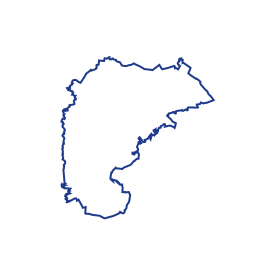 the district of Villa Corzo, Chiapas, Mexico, rotated 152°
{"feature_id": "50627088B92605446489911", "entity_name": "Villa Corzo", "entity_type": "district", "adm_level": 2, "iso_a3": "MEX", "parent_name": "Mexico", "parent_adm1": "Chiapas", "projection": "mercator", "projection_center": [-93.016, 16.137], "detail": "fine", "context": "isolated", "style": "outline", "palette": "blue", "viewbox_px": 256, "rotation_deg": 152, "n_neighbors": 0, "source": "geoboundaries", "source_scale": "gbopen_adm2", "svg_char_len": 5952}
<svg xmlns="http://www.w3.org/2000/svg" viewBox="0 0 256 256"><g transform="rotate(152 128 128)"><path d="M161.7,62.3L157.6,67.7L157.4,71.1L160.7,72.4L160.7,72.9L163.0,74.0L160.7,77.9L160.2,80.0L159.7,80.8L161.6,81.6L162.7,84.5L161.9,84.1L162.5,86.2L162.8,86.7L166.0,89.8L166.3,88.1L167.0,89.8L166.4,90.3L167.4,91.5L163.7,96.5L163.0,96.2L161.5,97.5L157.5,98.7L157.5,98.0L153.9,95.7L152.6,94.6L152.3,94.5L150.2,95.0L142.9,94.2L138.5,96.0L137.9,95.7L136.5,96.3L134.9,96.6L133.0,96.0L132.5,97.1L130.7,99.6L130.7,102.0L133.3,102.6L134.9,101.6L136.2,103.1L135.6,104.1L134.5,103.5L134.6,102.7L134.2,102.7L133.9,103.3L129.9,103.4L129.1,104.3L128.9,107.1L126.1,109.4L124.9,109.3L124.7,108.4L123.6,108.4L124.0,110.2L124.5,110.6L123.3,110.8L123.1,111.3L123.0,112.2L123.5,113.1L123.6,113.7L122.1,114.4L121.7,113.6L122.0,112.4L121.9,111.9L121.6,111.7L121.5,109.2L120.9,108.3L119.5,107.7L118.9,108.1L118.9,109.6L115.5,109.2L114.0,110.2L113.8,110.0L113.1,110.5L113.3,107.5L112.7,108.1L112.6,108.5L112.0,108.9L112.1,111.0L110.3,111.8L110.4,110.0L109.1,110.4L108.2,109.0L107.4,109.6L104.5,109.9L104.6,110.5L105.1,111.2L106.0,111.3L105.8,112.0L106.5,112.1L106.4,112.6L106.7,113.5L106.2,114.6L106.2,114.2L105.5,114.0L105.4,113.7L104.5,113.9L104.7,113.6L104.2,113.6L104.1,113.0L103.4,112.3L103.3,111.6L103.6,111.1L103.0,111.1L102.3,112.0L102.3,112.4L100.6,113.6L99.7,113.1L99.0,113.0L98.3,114.2L97.2,114.0L95.1,114.3L94.8,114.6L94.2,114.2L93.8,114.2L93.6,113.8L93.8,112.6L94.7,111.8L90.2,110.6L89.0,109.8L87.0,106.9L86.8,106.2L84.4,108.6L83.9,109.9L83.7,109.6L83.5,109.8L85.6,112.6L86.0,115.5L87.7,120.3L86.7,120.5L86.8,120.8L85.6,121.0L85.4,121.6L85.0,121.6L82.2,120.9L80.5,120.9L80.2,120.7L80.0,119.3L79.1,118.4L78.6,118.7L78.6,120.1L77.4,120.2L74.4,119.3L72.8,118.5L71.8,118.5L71.8,117.6L71.1,117.2L68.5,117.3L68.0,116.3L67.2,115.7L66.8,115.8L66.8,116.7L66.4,116.9L66.4,117.3L65.1,117.9L57.3,113.5L56.6,113.4L56.3,116.4L53.2,115.4L51.6,116.3L50.2,114.5L46.1,113.2L39.3,112.4L39.9,116.8L41.0,120.2L40.8,123.2L41.7,125.4L43.3,132.1L43.1,134.1L42.4,134.6L42.9,136.5L44.3,139.4L44.8,139.4L48.1,145.5L49.0,148.0L45.0,151.2L44.5,151.8L48.6,159.8L49.3,159.8L48.5,161.4L47.7,162.5L49.0,163.4L48.3,164.4L50.1,165.0L51.2,163.8L50.5,163.3L53.7,161.9L53.8,160.4L52.9,158.4L56.2,156.3L57.4,158.2L58.5,158.7L57.8,160.4L58.0,161.1L65.4,162.5L70.0,163.7L70.4,164.3L70.7,169.0L79.2,167.6L79.8,168.2L85.8,172.3L88.4,176.6L91.8,181.0L92.3,182.2L95.8,182.3L97.3,182.9L100.5,183.5L102.4,184.7L104.1,186.2L104.2,189.4L104.5,190.1L105.1,190.5L106.6,192.1L106.9,192.7L106.7,193.7L108.2,195.1L108.9,196.6L109.2,196.7L110.1,196.3L111.7,197.1L111.7,197.5L112.0,197.6L112.0,197.8L111.0,199.1L111.4,199.4L112.5,199.2L114.3,199.3L115.9,200.5L117.7,198.4L121.9,201.2L124.2,197.7L126.1,198.4L126.9,197.4L126.9,196.7L127.4,196.4L127.5,195.7L129.1,195.2L133.5,195.9L133.5,196.8L136.5,196.0L138.5,195.8L139.4,195.6L142.1,193.7L148.7,190.2L150.0,191.7L151.2,194.6L152.4,195.4L154.0,195.9L154.9,195.6L155.4,195.0L156.3,194.6L156.4,194.1L155.9,193.3L156.5,193.2L157.0,192.6L158.9,192.7L159.4,192.4L159.6,191.9L160.2,191.8L160.4,191.5L160.1,191.2L160.4,191.0L163.1,191.9L163.2,191.3L162.9,191.0L161.1,189.6L161.4,189.4L162.6,189.8L162.9,189.7L163.0,189.5L159.8,186.5L159.8,186.2L160.4,185.9L160.3,185.2L159.9,185.0L159.2,185.2L161.6,183.7L160.7,183.2L160.7,182.3L159.3,181.1L160.1,180.7L160.7,179.9L160.5,179.6L160.8,178.8L160.3,178.3L161.1,177.6L161.9,178.0L162.5,177.4L163.1,177.3L163.5,176.5L163.8,174.8L164.1,174.3L165.2,174.4L169.0,175.6L169.4,174.2L171.9,174.1L172.5,173.4L173.0,171.8L175.5,172.7L173.6,173.8L175.5,174.5L177.5,173.7L177.8,171.7L178.8,169.6L178.5,169.6L179.2,169.1L179.0,168.6L178.9,166.4L179.8,165.7L180.3,166.4L181.1,166.9L181.4,166.5L182.4,166.3L183.7,164.9L183.1,164.5L182.7,163.5L183.2,163.1L183.0,162.5L183.8,161.8L183.3,161.5L184.5,160.8L185.2,160.0L184.5,156.3L184.7,155.8L185.4,155.6L186.2,154.1L186.7,154.1L187.0,152.8L187.4,152.6L187.8,153.1L188.3,153.0L189.2,152.0L189.5,152.0L189.6,151.6L189.0,150.1L189.1,148.6L190.1,147.8L192.2,145.0L191.7,144.8L192.1,144.0L193.9,143.3L194.5,142.3L194.7,141.0L195.9,140.4L195.8,139.9L196.1,139.5L196.1,138.9L196.4,138.1L197.2,137.0L197.2,136.5L197.7,136.2L197.8,135.3L198.7,134.9L198.9,132.9L199.2,132.2L200.3,131.1L200.1,131.0L199.8,129.6L199.2,128.2L199.4,127.4L200.1,126.4L201.0,125.8L202.0,125.6L202.2,125.3L202.3,124.0L203.2,123.2L203.6,122.4L204.6,121.5L209.9,109.0L209.6,108.6L209.9,108.6L210.0,107.7L210.3,107.7L210.1,107.3L210.5,107.5L210.6,107.3L211.0,107.2L211.1,107.5L210.6,107.7L211.0,107.7L210.7,108.0L211.0,108.0L211.0,108.3L211.2,107.5L211.5,107.5L211.3,107.7L211.6,107.9L211.5,108.1L211.7,108.4L211.7,108.0L211.9,108.1L211.6,107.5L211.8,107.4L211.4,107.2L211.6,107.0L212.4,107.5L212.2,107.8L212.6,107.7L212.5,108.0L212.8,108.3L212.8,108.0L213.3,108.4L213.4,108.1L212.9,107.3L213.8,107.6L213.9,106.7L213.4,106.0L212.9,105.9L212.7,105.2L212.1,105.3L212.3,104.6L211.2,103.8L209.9,103.3L209.5,102.7L208.9,102.6L208.6,102.3L207.4,101.5L208.5,101.1L208.7,100.7L208.7,100.1L209.8,100.7L210.5,100.4L210.7,99.5L210.1,98.9L210.2,98.3L209.9,97.6L210.4,97.8L210.4,98.1L210.7,97.6L211.6,97.7L212.2,97.9L212.1,98.3L212.4,98.5L212.8,98.3L213.8,98.7L214.2,98.3L214.1,98.0L214.6,98.1L215.3,97.5L214.7,97.1L214.9,96.9L214.7,96.8L214.9,96.6L214.9,96.1L215.1,95.7L216.0,95.1L215.8,94.9L216.2,94.5L215.9,94.3L215.9,93.5L215.5,94.2L215.3,94.3L215.4,93.8L214.8,94.3L214.8,94.2L215.6,93.5L215.7,93.1L216.0,92.9L216.2,92.5L215.8,91.7L215.0,92.4L215.3,91.7L214.7,91.5L215.0,91.4L215.4,91.7L215.6,91.3L216.2,91.5L216.7,91.2L216.2,90.9L213.7,90.7L208.2,90.8L206.9,90.2L206.7,89.9L207.2,87.8L205.3,87.9L205.2,80.4L205.4,78.8L202.5,78.0L205.8,72.7L205.6,72.2L202.8,70.6L200.1,67.9L194.7,64.2L194.0,63.5L191.5,59.7L190.3,58.9L186.7,58.3L182.7,57.3L176.4,56.8L174.4,57.7L173.8,56.8L174.2,56.7L172.7,55.1L171.9,54.8L170.9,55.1L169.7,56.4L169.6,57.0L168.9,57.0L167.0,58.0L165.2,60.5L161.7,62.3Z" fill="none" stroke="#1e3a8a" stroke-width="2"/></g></svg>